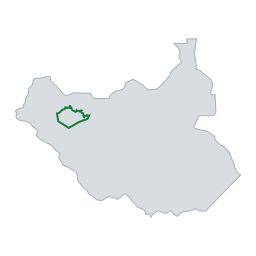 Aweil Centre, Northern Bahr el Ghazal, South Sudan (highlighted)
{"feature_id": "79223893B3139508517189", "entity_name": "Aweil Centre", "entity_type": "district", "adm_level": 2, "iso_a3": "SSD", "parent_name": "South Sudan", "parent_adm1": "Northern Bahr el Ghazal", "projection": "albers", "projection_center": [27.174, 8.427], "detail": "fine", "context": "in_parent", "style": "outline", "palette": "green", "viewbox_px": 256, "rotation_deg": 0, "n_neighbors": 0, "source": "geoboundaries", "source_scale": "gbopen_adm2", "svg_char_len": 4051}
<svg xmlns="http://www.w3.org/2000/svg" viewBox="0 0 256 256"><path d="M214.9,201.4L206.7,209.9L206.1,210.4L205.1,211.0L201.7,211.1L198.3,210.7L195.0,208.6L191.8,210.3L189.8,210.9L188.5,211.1L185.6,211.4L181.6,212.4L179.8,213.5L178.8,214.4L178.0,216.0L177.6,216.2L176.8,216.0L175.8,215.4L173.6,214.5L172.5,212.4L171.4,211.2L170.6,210.5L167.2,212.6L165.5,213.1L164.1,213.1L161.6,212.0L158.9,211.0L157.4,211.0L155.3,212.3L152.9,214.2L151.7,216.0L151.1,217.1L150.2,215.4L149.4,214.4L148.2,214.0L145.9,214.4L145.4,213.8L145.2,212.4L144.9,211.1L144.3,210.1L142.5,209.2L137.9,207.2L134.3,203.3L132.5,201.4L131.2,200.3L129.4,197.1L127.2,195.0L124.7,194.0L123.0,194.5L121.3,196.8L118.1,199.0L116.6,199.1L114.7,197.9L112.2,197.1L107.9,196.8L106.1,197.8L103.8,199.5L101.8,200.5L100.6,200.6L99.5,200.2L98.2,200.0L97.0,200.0L94.7,198.4L93.5,197.3L92.7,196.3L91.4,195.5L89.9,194.9L88.8,194.0L88.3,192.8L87.4,191.3L86.3,189.9L82.8,187.4L81.7,186.0L81.0,184.5L79.5,183.0L78.0,180.9L77.5,177.8L77.4,175.3L77.1,174.2L76.5,173.0L75.7,172.1L74.5,171.0L71.6,169.4L68.7,167.5L67.2,166.5L64.5,166.1L62.9,165.0L61.6,162.7L61.0,160.8L59.7,159.4L59.1,158.3L58.8,157.1L59.9,153.5L58.3,152.2L56.0,150.5L54.3,148.6L53.3,146.9L50.3,144.7L43.8,141.3L40.1,139.2L38.0,137.3L36.2,135.4L36.1,134.6L37.2,132.8L37.4,131.2L36.5,129.5L32.6,126.3L29.5,122.8L27.2,121.6L21.5,120.6L19.9,120.2L18.2,119.5L16.5,118.0L16.0,116.1L16.8,113.1L16.3,112.2L15.4,111.9L15.6,111.3L16.7,109.8L18.5,108.9L23.1,107.5L23.4,106.9L23.5,105.0L23.9,104.1L25.5,101.5L25.7,100.5L25.8,98.3L26.1,97.2L26.5,96.5L27.8,95.2L28.3,94.4L28.5,92.7L28.3,89.4L29.0,88.1L32.0,85.1L32.7,83.7L33.0,82.5L33.0,81.3L33.2,80.0L34.1,78.9L34.8,78.5L37.0,78.1L38.4,78.4L48.7,76.3L49.9,76.6L50.5,77.9L50.4,79.8L50.6,80.8L51.1,81.5L52.8,82.4L53.9,84.0L54.5,84.6L56.1,85.6L63.8,94.6L66.0,95.5L68.1,95.2L72.2,93.3L74.3,92.8L88.9,93.3L90.5,93.1L92.8,97.6L93.9,98.6L109.9,98.6L109.6,97.3L109.8,95.9L112.6,93.1L113.0,92.8L115.4,91.5L117.8,90.6L122.5,89.5L124.2,87.9L125.1,86.4L125.1,83.5L125.7,83.0L126.8,82.3L132.1,79.7L133.0,79.1L142.6,85.1L147.9,89.9L148.2,90.1L148.5,90.2L148.8,90.0L149.0,89.8L149.7,89.6L151.9,89.5L156.2,89.2L157.6,88.6L166.2,79.9L168.3,77.2L168.9,76.6L170.1,74.6L171.4,71.3L171.6,70.9L181.0,62.7L181.3,62.1L181.4,61.6L179.9,58.9L179.6,57.5L179.5,55.4L179.8,52.1L179.6,50.0L179.5,49.5L179.4,49.4L174.1,43.5L187.4,43.3L187.4,42.5L187.3,42.3L187.1,41.6L186.9,40.6L186.9,40.1L187.0,39.6L187.0,39.4L186.9,39.1L187.0,38.9L196.5,38.9L196.4,40.6L195.3,44.5L195.4,46.9L195.2,49.6L194.8,50.4L194.4,51.1L194.2,51.4L194.2,51.7L196.4,66.7L196.3,67.4L195.8,68.3L195.6,68.6L195.6,68.9L195.8,69.0L200.3,70.6L200.5,70.7L200.6,70.8L202.3,72.7L211.1,79.7L211.4,80.1L212.3,82.3L212.4,82.7L212.4,83.2L212.4,83.6L212.2,85.0L212.3,85.6L212.5,86.0L212.6,86.4L212.6,86.6L212.5,86.9L211.3,89.5L210.9,91.4L210.8,93.0L210.9,93.9L211.0,94.4L211.2,94.7L211.3,94.8L215.1,94.7L215.0,95.5L215.8,109.1L215.8,110.7L215.7,112.6L215.3,113.4L214.2,114.5L212.9,115.5L209.5,115.8L206.7,115.8L204.7,115.6L201.9,115.6L199.4,115.8L198.4,116.7L195.1,124.0L194.1,125.8L193.8,126.9L194.2,127.5L195.5,128.4L198.5,129.6L201.8,130.3L204.3,130.6L206.1,130.9L207.4,131.3L212.2,134.5L213.8,136.0L214.6,137.4L214.9,138.8L215.6,140.2L220.0,144.7L224.2,146.8L225.8,149.1L227.4,150.3L228.9,151.5L229.7,153.4L231.6,158.8L232.9,161.6L234.1,163.9L234.7,167.7L235.7,169.4L236.8,171.5L238.5,173.3L240.3,174.7L240.6,175.1L222.9,193.1L214.9,201.4Z" fill="#d9dde1" stroke="#a8b0b8" stroke-width="1"/><path d="M81.6,110.5L81.3,110.3L80.3,110.9L79.9,110.7L79.6,110.8L79.7,111.2L79.4,111.4L79.2,111.0L77.1,110.8L76.6,110.3L75.6,111.8L72.7,110.4L71.7,109.3L71.4,107.8L70.3,106.2L69.8,106.1L69.7,107.9L67.6,107.6L67.0,108.1L66.5,107.9L65.9,107.3L65.4,107.3L64.5,109.2L62.3,109.8L59.4,112.7L57.0,113.4L58.3,121.3L68.7,127.9L71.4,126.4L77.7,122.8L79.6,121.7L87.4,119.0L89.1,115.6L88.3,115.8L87.5,115.3L87.0,115.2L86.7,115.7L84.9,116.1L84.3,117.2L83.7,116.9L83.4,115.6L83.7,115.2L83.1,113.3L82.0,113.0L80.9,111.8L81.0,110.9L81.6,110.5Z" fill="none" stroke="#15803d" stroke-width="2"/></svg>